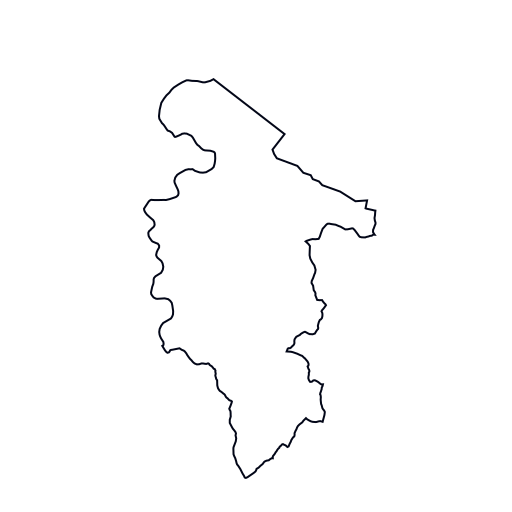 outline of Tading, Samchi, Bhutan, rotated 240°
{"feature_id": "84629894B93627988982150", "entity_name": "Tading", "entity_type": "district", "adm_level": 2, "iso_a3": "BTN", "parent_name": "Bhutan", "parent_adm1": "Samchi", "projection": "orthographic", "projection_center": [89.262, 26.881], "detail": "fine", "context": "isolated", "style": "outline", "palette": "ink", "viewbox_px": 512, "rotation_deg": 240, "n_neighbors": 0, "source": "geoboundaries", "source_scale": "gbopen_adm2", "svg_char_len": 6081}
<svg xmlns="http://www.w3.org/2000/svg" viewBox="0 0 512 512"><g transform="rotate(240 256 256)"><path d="M72.4,169.4L73.7,170.1L74.2,170.6L75.4,173.6L76.2,174.8L76.6,176.1L77.2,177.0L78.0,178.8L78.3,180.3L79.0,181.1L79.3,183.0L79.8,184.3L79.6,185.3L78.7,185.8L77.1,187.0L74.9,187.7L74.8,189.0L76.7,191.5L77.6,193.0L79.0,194.7L80.4,197.4L80.6,198.9L81.8,200.0L83.3,200.8L85.0,203.1L85.6,204.2L87.0,205.9L87.8,207.3L88.4,209.5L88.8,212.9L89.7,214.8L90.2,216.8L90.6,218.2L89.1,218.6L86.5,220.1L85.2,221.0L84.1,222.1L82.5,224.4L82.0,225.4L81.6,227.1L81.2,228.4L80.7,229.3L79.1,230.8L83.9,235.6L84.9,236.4L86.5,237.6L87.2,237.7L88.6,237.7L89.4,237.5L90.8,237.4L92.4,237.8L93.7,238.2L95.3,238.4L98.0,239.6L99.3,240.2L101.4,241.6L103.3,242.4L104.1,242.3L105.2,243.2L105.9,244.1L107.9,246.3L109.1,247.1L110.1,248.6L111.4,249.8L112.0,248.5L113.2,247.8L114.1,247.5L115.9,246.8L117.6,245.8L119.0,244.8L119.6,243.4L119.2,241.9L119.5,240.7L120.0,239.9L122.2,239.8L124.0,240.2L125.6,241.3L126.6,242.3L127.8,243.0L128.7,243.5L129.1,244.3L129.9,244.8L131.1,245.1L132.0,245.0L134.6,245.5L134.9,246.6L135.8,247.3L136.4,247.6L137.5,247.8L138.8,247.9L143.2,247.1L143.9,246.7L144.9,246.5L146.5,246.0L147.8,244.9L150.7,242.9L154.3,239.8L155.6,238.4L158.0,234.8L159.9,237.2L159.9,238.1L159.2,239.2L159.2,240.5L159.8,242.4L160.0,243.7L160.6,244.9L161.1,245.5L162.2,246.2L163.1,246.6L164.5,247.7L165.3,249.2L165.9,250.6L165.7,254.6L166.1,255.7L166.2,258.0L166.1,259.5L165.9,260.5L164.6,261.4L163.2,262.2L161.6,263.3L160.9,264.4L159.9,265.9L159.4,268.2L160.7,270.5L161.5,272.2L161.7,273.1L162.5,273.9L164.5,274.6L165.7,275.7L167.3,277.3L168.0,278.3L168.7,279.3L168.7,280.6L169.3,282.1L170.7,283.4L172.1,284.3L173.4,284.9L175.4,285.1L176.1,286.3L176.6,287.9L177.2,289.4L178.4,292.0L179.6,292.0L180.8,291.6L183.1,291.2L184.7,291.2L186.0,288.9L187.4,287.0L192.4,287.8L193.6,288.7L195.0,289.1L197.5,288.9L201.7,290.6L204.9,290.6L206.5,291.8L208.4,294.5L211.0,297.5L211.8,298.7L214.2,300.7L218.6,301.8L222.3,301.5L226.6,301.7L229.9,302.8L233.3,304.9L237.7,307.7L240.2,307.4L243.8,306.3L243.8,307.5L243.0,311.4L242.4,313.4L240.8,315.9L239.5,318.8L240.8,320.9L243.4,323.8L245.1,325.9L246.3,327.4L246.8,329.1L247.9,332.3L248.1,333.2L248.1,334.2L247.4,335.6L245.9,337.3L243.3,340.6L240.6,342.6L239.1,343.9L234.4,346.6L233.4,348.5L232.9,349.9L231.9,353.1L231.3,353.8L229.2,354.4L224.1,355.0L222.4,355.1L220.8,355.4L219.4,356.8L217.5,359.8L217.3,361.1L216.6,363.4L216.5,364.5L216.2,365.3L215.7,366.4L215.9,368.2L215.1,369.4L216.0,369.3L218.2,369.3L220.1,370.5L221.2,372.0L222.9,374.0L224.0,375.5L225.2,376.2L227.4,376.7L229.6,377.6L231.9,379.5L234.0,380.9L235.6,382.1L236.6,380.9L237.5,380.0L241.8,375.3L242.5,374.7L248.6,380.0L253.7,369.5L269.7,361.1L284.2,348.8L289.1,347.8L294.2,343.6L298.6,343.8L304.4,338.6L313.3,336.9L330.2,322.9L335.4,322.7L339.9,323.5L347.3,341.7L430.4,307.6L430.5,304.0L431.9,298.7L433.0,296.8L436.7,292.9L439.8,288.0L442.1,285.1L442.9,283.6L443.3,279.1L443.3,274.6L443.0,269.0L442.2,265.9L440.8,262.7L439.9,258.8L438.3,255.0L436.0,250.6L430.8,245.7L425.6,241.9L423.2,240.9L422.0,240.9L418.0,241.0L416.8,241.4L415.3,241.7L414.0,241.8L410.6,242.0L408.8,242.2L407.1,243.7L404.6,244.9L400.2,245.1L399.6,245.4L399.3,246.3L398.9,249.4L398.7,252.0L398.8,253.1L397.9,255.4L397.4,256.0L396.6,257.2L392.4,260.1L390.2,260.5L383.9,260.5L381.6,260.8L379.6,261.7L376.6,262.4L374.3,263.4L373.0,264.6L370.0,269.1L367.4,271.5L366.3,271.9L365.1,271.7L360.9,269.5L358.7,268.0L356.6,266.3L354.2,263.8L353.5,261.1L353.5,254.7L354.7,251.7L356.3,249.3L357.1,248.5L360.3,245.7L362.9,244.5L363.7,242.8L364.9,241.0L365.8,238.0L365.9,231.4L365.7,228.4L364.3,225.3L361.9,222.9L360.2,222.2L356.4,221.8L352.7,221.5L350.8,221.1L348.9,220.2L347.6,218.9L347.1,216.8L347.2,215.7L348.4,209.8L349.5,206.0L350.6,204.3L353.7,198.6L355.8,195.1L357.0,193.4L357.2,192.4L356.9,190.5L354.9,186.5L353.6,183.9L352.9,182.6L351.1,182.0L349.3,181.9L346.5,182.2L342.4,183.5L338.5,184.9L336.7,184.9L335.8,184.7L333.7,183.8L332.9,182.9L332.3,181.7L331.8,179.1L331.3,177.6L331.0,175.9L330.2,174.6L329.5,174.1L327.7,173.3L326.6,173.0L324.7,173.0L321.3,173.3L320.3,173.6L317.2,175.9L315.8,177.1L314.3,177.3L313.4,177.3L311.8,176.3L310.3,173.8L309.0,172.0L306.8,170.0L305.2,169.7L303.8,169.8L298.9,171.5L296.3,171.4L293.0,170.3L290.7,168.4L288.9,165.4L288.7,158.8L288.0,156.8L287.0,155.7L284.7,154.3L283.2,153.1L281.3,150.8L277.0,146.9L275.3,146.2L273.4,146.3L271.3,146.6L269.2,147.9L268.3,149.0L265.0,155.7L262.5,158.4L260.1,159.3L257.6,159.6L255.0,158.8L249.7,156.7L246.9,154.9L245.5,153.2L244.4,151.1L244.4,142.1L243.1,139.1L241.0,136.1L238.6,134.2L236.2,133.2L234.4,132.8L232.0,132.6L227.9,132.8L226.0,132.0L225.0,131.0L225.0,129.9L219.9,130.0L217.9,130.3L216.5,130.9L216.1,132.4L216.5,133.5L217.2,134.3L217.2,135.3L216.6,136.8L214.3,143.6L212.0,144.7L210.2,146.1L209.0,146.6L206.3,147.0L205.2,146.9L202.5,147.1L200.0,147.4L197.9,148.0L196.4,148.2L195.2,148.5L193.6,149.1L191.7,150.6L190.7,152.6L190.4,154.0L190.2,155.1L189.4,156.4L187.9,158.2L187.4,159.0L187.2,159.7L187.0,160.8L186.1,161.4L184.8,161.4L183.4,162.1L182.8,162.5L180.8,162.9L179.5,163.0L178.8,163.7L177.0,163.6L176.1,162.9L175.2,162.6L174.1,162.2L173.0,161.1L171.5,160.6L170.7,160.5L169.7,160.1L168.8,160.1L167.8,160.2L163.4,157.8L162.1,157.4L161.2,157.2L160.6,157.0L159.0,157.0L157.3,157.2L156.0,157.9L154.3,158.6L153.0,159.0L152.3,159.4L151.5,159.6L149.1,159.5L148.0,159.7L147.0,160.2L146.0,160.4L144.4,160.8L143.2,161.9L142.1,162.4L141.2,161.6L139.0,159.0L137.1,156.5L136.0,156.3L134.4,156.3L132.7,155.5L131.1,154.6L129.7,153.9L128.9,153.1L127.3,151.4L124.5,149.8L119.8,149.6L118.1,149.6L115.7,150.0L113.8,150.2L112.3,149.9L110.9,148.6L108.0,147.7L105.6,145.8L101.6,140.9L100.5,140.1L95.5,137.4L93.8,137.1L91.2,136.9L88.2,136.2L86.3,135.6L84.9,135.4L83.3,135.7L79.4,135.9L74.2,135.6L71.6,135.7L70.1,135.5L69.2,135.8L68.8,136.6L68.7,138.4L68.9,140.6L69.2,144.6L69.4,146.4L69.7,147.9L70.4,149.0L71.4,150.1L71.4,152.4L72.1,155.0L72.5,157.7L73.5,159.9L73.7,160.7L73.5,162.8L72.7,164.9L73.0,166.6L73.0,168.6L72.4,169.4Z" fill="none" stroke="#020617" stroke-width="2"/></g></svg>